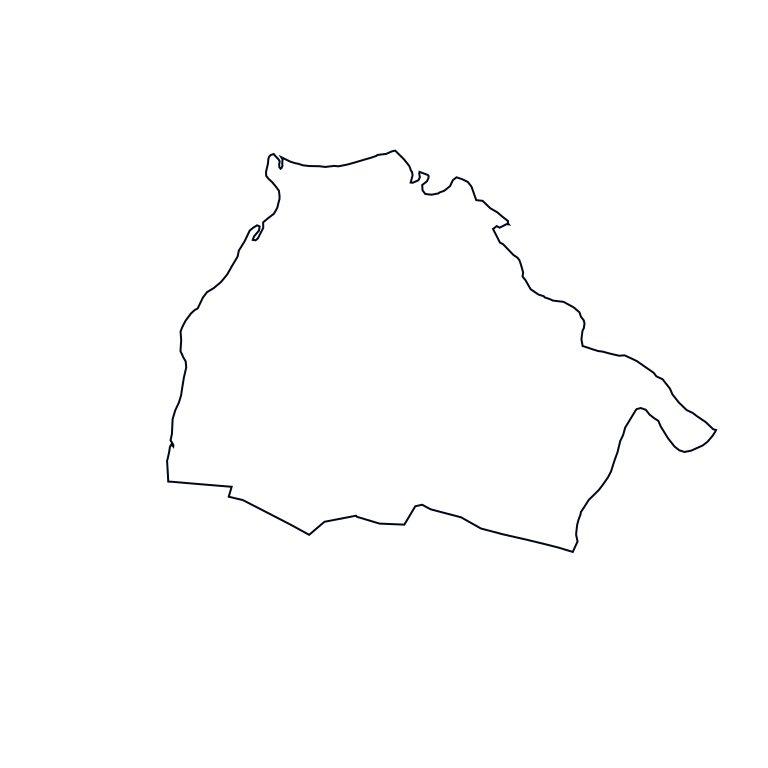 Tama, Suhaj, Egypt, rotated 231°
{"feature_id": "37247803B5321471482777", "entity_name": "Tama", "entity_type": "district", "adm_level": 2, "iso_a3": "EGY", "parent_name": "Egypt", "parent_adm1": "Suhaj", "projection": "orthographic", "projection_center": [31.431, 26.874], "detail": "fine", "context": "isolated", "style": "outline", "palette": "ink", "viewbox_px": 768, "rotation_deg": 231, "n_neighbors": 0, "source": "geoboundaries", "source_scale": "gbopen_adm2", "svg_char_len": 3550}
<svg xmlns="http://www.w3.org/2000/svg" viewBox="0 0 768 768"><g transform="rotate(231 384 384)"><path d="M134.7,425.0L139.8,435.3L145.5,438.2L146.4,438.8L148.9,441.3L152.8,445.3L155.7,449.1L159.0,454.7L160.6,456.5L162.3,462.0L165.1,470.3L165.6,476.1L166.4,484.1L167.9,490.3L170.5,499.3L173.2,505.5L176.5,510.4L179.8,515.5L184.0,522.5L188.2,528.0L191.0,531.7L193.9,537.8L198.3,543.9L205.4,563.7L205.4,564.8L203.8,568.3L199.3,571.2L196.2,571.2L193.2,571.1L187.2,572.5L182.7,574.0L176.7,572.3L163.2,570.6L152.6,570.4L146.6,571.8L142.0,574.8L140.5,577.8L140.1,578.4L138.9,580.8L135.7,592.8L135.5,598.9L136.9,606.5L138.3,611.0L139.3,613.1L141.6,611.4L152.1,610.0L161.2,607.2L167.2,605.7L173.3,602.8L183.9,601.5L194.4,601.6L200.4,603.3L206.4,603.4L212.4,603.5L218.5,600.5L223.0,600.6L242.7,594.9L248.8,592.0L254.9,589.0L258.0,584.5L265.6,578.6L271.7,574.2L274.8,571.2L279.3,568.2L283.9,565.3L288.5,562.3L291.5,563.9L294.4,565.5L298.9,570.1L300.3,571.6L301.1,573.2L301.8,574.7L303.3,576.2L304.7,577.8L307.7,579.3L312.2,579.4L314.3,580.1L316.7,581.0L324.3,579.6L334.9,575.2L339.3,570.9L342.5,567.8L345.6,566.3L350.2,563.4L351.7,563.4L356.2,560.4L365.3,557.6L375.8,559.3L380.3,559.3L381.8,560.9L383.3,562.4L387.4,564.2L388.9,564.8L390.7,565.6L395.2,567.2L398.2,567.2L402.8,565.8L417.8,564.5L420.9,563.1L427.4,564.5L435.9,566.3L435.8,567.9L435.8,570.9L432.7,572.3L431.1,579.9L429.5,581.4L431.1,581.4L432.5,582.9L435.8,582.2L438.6,581.5L446.1,580.1L453.7,577.2L464.3,575.9L467.3,572.9L468.9,571.4L482.3,576.2L488.3,576.3L494.4,573.4L499.0,570.4L499.0,568.9L499.1,565.9L496.2,559.8L496.2,556.7L496.3,552.2L497.9,547.7L497.9,546.2L501.1,540.2L504.0,537.3L505.7,535.7L510.2,535.8L514.6,538.9L514.5,544.9L516.0,548.0L517.4,549.5L518.9,549.6L526.5,545.1L525.1,543.6L522.1,542.0L520.7,539.0L522.3,533.0L523.8,531.5L528.2,537.6L531.2,539.2L532.7,539.2L537.2,540.8L541.7,540.9L546.2,540.9L550.7,540.4L558.3,539.6L559.8,536.6L561.4,530.6L562.6,528.7L564.2,526.1L566.1,523.1L566.1,521.6L567.7,517.1L570.9,509.5L574.0,502.0L577.2,494.5L578.7,491.5L581.9,485.5L584.9,482.5L589.6,475.0L594.2,470.5L600.4,463.1L605.0,458.6L609.5,455.7L611.1,454.2L615.6,451.2L624.9,446.9L622.4,446.6L619.9,444.1L617.4,442.3L616.4,440.4L616.4,439.1L618.3,439.1L620.5,440.6L622.7,443.1L625.2,443.4L628.9,443.1L632.1,443.0L633.3,439.9L632.9,437.7L631.7,435.8L628.2,432.4L623.1,425.8L619.9,423.4L616.2,423.4L611.2,424.1L605.5,424.2L600.2,423.9L595.8,421.1L593.6,419.3L593.4,419.0L593.1,418.6L592.1,417.2L588.2,412.1L586.9,409.0L585.6,405.7L585.8,398.1L585.7,391.8L581.3,388.4L579.1,383.4L576.5,377.5L576.5,374.6L578.6,372.7L580.5,375.9L581.9,383.4L584.7,386.5L587.2,385.2L587.8,380.5L587.7,376.1L582.6,365.5L579.0,355.1L575.2,350.5L571.0,339.2L567.8,331.1L565.8,321.3L565.8,320.0L565.8,319.9L565.7,311.9L566.8,304.4L565.2,297.8L560.0,286.8L560.6,283.3L560.3,278.3L558.0,269.5L555.4,263.5L552.8,258.9L545.6,253.9L537.6,246.5L530.4,244.7L526.4,244.1L525.3,243.4L521.3,240.7L515.0,232.6L508.3,225.1L502.9,219.2L498.7,213.0L494.9,205.2L489.8,197.7L478.7,187.8L474.5,182.6L472.0,182.4L469.1,181.9L468.1,180.9L470.9,180.8L469.8,178.0L466.5,174.4L462.0,168.8L461.0,167.2L451.2,160.2L443.9,154.9L443.2,155.7L442.1,157.0L424.2,175.6L400.0,200.9L394.1,192.4L382.7,201.2L363.3,209.8L352.1,214.7L334.6,222.4L330.8,224.0L313.9,230.9L314.4,251.0L299.3,279.3L297.8,279.4L278.3,292.7L277.5,293.6L261.9,311.3L269.3,331.4L266.1,337.7L257.9,341.1L256.4,342.0L231.9,360.0L210.7,368.4L192.5,381.7L175.7,394.9L174.5,395.9L156.8,409.4L146.7,416.9L134.7,425.0Z" fill="none" stroke="#020617" stroke-width="2"/></g></svg>